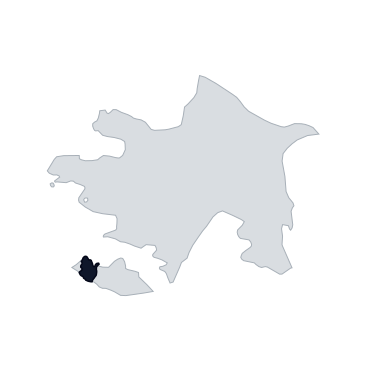 location of Sharur District, Şərur, Azerbaijan, rotated 339°
{"feature_id": "54616110B53436270368491", "entity_name": "Sharur District", "entity_type": "district", "adm_level": 2, "iso_a3": "AZE", "parent_name": "Azerbaijan", "parent_adm1": "Şərur", "projection": "natural_earth1", "projection_center": [45.071, 39.583], "detail": "fine", "context": "in_parent", "style": "filled", "palette": "ink", "viewbox_px": 384, "rotation_deg": 339, "n_neighbors": 0, "source": "geoboundaries", "source_scale": "gbopen_adm2", "svg_char_len": 4821}
<svg xmlns="http://www.w3.org/2000/svg" viewBox="0 0 384 384"><g transform="rotate(339 192 192)"><path d="M258.2,298.6L256.8,298.4L246.6,300.9L244.4,300.1L235.5,289.1L233.7,287.9L229.9,287.4L227.7,285.6L225.8,282.7L224.8,280.5L215.6,274.6L214.3,272.4L214.1,270.5L215.4,268.8L216.9,267.3L221.3,265.9L226.5,264.6L228.1,263.7L228.9,262.1L228.9,259.6L228.0,257.1L220.5,252.6L219.7,250.6L219.4,248.2L219.8,245.7L221.0,243.8L227.0,241.1L230.2,238.4L228.1,235.3L221.5,228.3L213.7,220.6L208.6,220.5L202.6,222.8L193.2,229.3L187.9,232.2L181.1,236.8L173.6,242.0L167.5,247.5L163.7,252.0L156.9,254.0L153.5,257.8L142.1,269.3L138.9,269.1L138.7,263.4L138.8,258.9L138.1,256.4L134.4,252.8L134.3,251.3L135.3,250.3L138.1,250.9L141.8,250.7L143.5,249.3L139.6,244.6L136.1,241.5L133.2,239.4L132.5,238.1L132.5,237.2L133.1,236.2L138.1,233.6L138.6,231.3L138.3,228.6L130.3,224.7L124.3,226.2L118.9,221.8L115.5,218.4L111.2,214.8L107.4,212.8L103.7,208.3L97.3,203.6L93.2,202.3L93.3,201.5L94.0,200.7L95.7,200.0L107.1,200.2L108.5,199.3L109.2,197.3L110.7,194.3L112.5,190.0L112.3,186.3L100.9,180.3L92.7,174.9L86.9,167.7L83.0,161.1L83.2,158.9L84.3,156.8L93.1,150.7L93.7,149.1L93.5,148.1L90.4,145.0L86.4,141.8L85.2,139.4L82.7,138.2L77.9,138.2L69.6,134.2L67.9,133.8L67.5,133.1L67.9,132.3L73.8,130.7L73.7,129.4L71.9,127.6L68.6,126.4L65.5,123.3L64.5,120.4L75.1,112.2L78.3,110.6L85.3,112.1L99.8,117.5L98.8,120.6L100.3,122.3L103.6,124.6L110.0,126.9L115.5,128.1L118.2,127.1L122.4,126.2L127.8,128.9L132.8,132.4L135.3,133.8L136.6,134.2L140.4,133.0L144.9,128.6L146.7,123.3L147.2,120.7L144.5,117.2L139.0,113.3L132.9,109.9L128.9,107.0L126.4,101.1L123.9,100.4L123.2,99.7L122.8,97.7L122.9,94.9L123.8,92.7L126.2,91.8L128.7,91.5L131.0,89.4L133.8,85.4L135.0,83.1L140.3,84.4L141.0,88.0L142.0,88.8L144.2,88.4L147.9,86.8L150.8,88.0L154.6,92.3L159.8,96.8L162.6,99.9L163.8,102.0L166.4,104.0L170.3,106.4L173.5,110.2L176.3,118.9L179.1,121.0L189.2,124.3L192.7,125.0L202.6,126.1L206.1,125.3L211.1,117.8L215.5,110.0L219.8,108.4L227.5,104.6L232.0,101.1L233.9,97.3L238.2,90.1L240.8,86.0L245.4,89.6L253.4,99.4L264.8,115.3L267.7,119.8L269.5,125.0L271.2,131.3L273.8,136.9L285.5,151.0L290.5,156.2L298.7,163.0L301.5,164.5L305.3,164.9L312.2,164.9L318.6,167.5L321.8,169.4L325.1,172.1L328.1,175.2L331.2,183.4L320.1,180.7L308.9,181.1L302.6,182.9L296.6,185.3L290.8,188.8L287.2,195.4L284.3,210.8L280.0,225.3L280.3,232.0L282.4,238.4L282.2,241.4L280.1,242.7L277.6,245.5L274.3,258.7L272.6,261.4L270.4,263.0L269.8,261.5L269.9,258.0L264.9,254.9L262.4,258.4L260.7,265.7L257.2,273.3L257.1,274.8L258.2,298.6ZM91.8,162.5L92.3,160.4L90.9,159.5L89.4,159.4L88.1,160.4L88.1,163.0L89.9,163.5L91.8,162.5ZM55.2,222.7L53.6,220.5L52.8,219.4L57.7,218.4L65.9,215.5L68.2,216.9L70.6,219.8L71.8,222.3L72.0,226.9L73.0,227.6L77.0,226.1L78.7,228.0L81.8,230.2L87.1,232.4L94.8,228.9L98.6,228.1L101.8,228.1L103.5,229.2L104.1,232.8L103.5,237.2L102.6,239.6L104.2,241.4L110.5,245.7L113.2,248.0L111.9,252.2L116.6,262.2L118.2,266.1L120.1,270.9L110.5,269.0L93.1,265.0L88.3,262.9L83.8,257.3L81.1,254.6L77.1,251.1L73.9,249.8L71.4,247.4L70.0,243.8L67.9,240.6L64.4,236.8L56.3,224.0L55.2,222.7ZM65.6,136.9L64.5,137.6L62.8,136.9L62.3,135.3L62.5,133.6L64.1,133.2L65.4,133.7L65.8,135.2L65.6,136.9Z" fill="#d9dde1" stroke="#a8b0b8" stroke-width="1"/><path d="M79.3,226.2L79.4,225.9L79.3,225.0L78.5,224.8L78.0,224.6L77.3,224.6L76.7,224.8L76.2,225.0L75.6,225.4L75.1,226.0L74.7,226.4L74.2,226.7L73.6,226.5L73.2,225.6L73.2,224.9L73.2,224.1L73.4,223.3L73.4,222.8L73.4,222.3L73.4,221.8L73.4,221.4L73.3,220.7L73.4,220.0L73.3,219.6L73.0,219.2L72.7,218.9L72.3,218.8L71.9,218.6L71.5,218.4L71.3,217.8L71.1,217.2L71.1,216.5L70.9,216.1L70.8,215.6L70.8,215.2L70.6,214.7L70.3,214.3L69.8,214.0L69.4,213.8L69.0,213.7L68.3,213.8L67.7,214.0L67.2,214.2L66.7,214.5L66.3,215.0L65.8,215.5L65.5,215.9L65.0,216.3L64.7,216.6L64.2,216.9L63.8,217.0L63.7,217.4L63.9,217.9L64.1,218.4L64.1,218.8L63.8,219.3L63.7,219.6L63.2,219.9L62.8,220.2L62.4,220.4L61.9,220.8L61.8,221.1L61.5,221.5L61.3,222.0L61.2,222.5L61.3,222.8L61.5,223.1L61.7,223.4L61.8,223.7L62.0,224.0L62.0,224.4L61.7,224.6L61.5,225.2L60.9,225.3L60.6,225.6L60.2,225.8L59.8,225.9L59.3,226.0L58.7,226.2L58.3,226.4L58.0,226.5L57.9,226.6L57.8,227.2L57.9,227.8L57.9,228.4L58.1,229.5L58.3,229.9L58.6,230.5L58.9,230.9L59.5,231.3L59.8,231.8L60.0,232.8L59.9,233.4L60.1,233.9L60.5,234.4L60.9,235.0L61.1,235.3L61.2,236.2L61.8,236.7L62.1,237.1L62.4,237.5L63.1,238.0L63.6,238.4L64.0,238.7L64.6,239.0L65.1,239.4L65.8,239.7L66.6,240.0L66.9,239.5L67.5,238.7L68.0,238.4L68.7,237.9L69.6,237.4L70.1,237.1L70.6,236.7L71.4,236.2L71.9,235.9L72.6,235.5L72.8,235.0L73.3,234.5L73.5,234.2L73.7,233.6L74.1,233.1L74.2,232.7L74.5,232.1L74.7,231.7L74.8,230.9L74.9,230.3L75.2,229.4L75.5,228.9L75.7,228.3L76.1,227.8L76.6,227.4L77.3,227.1L77.8,226.8L78.3,226.5L78.8,226.4L79.3,226.2Z" fill="#0f172a" stroke="#020617" stroke-width="1.5"/></g></svg>